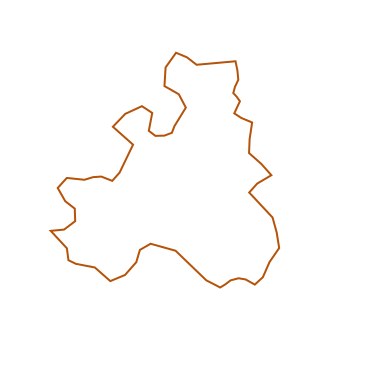 map outline of Sîngerei (Natural Earth projection), rotated 38°
{"feature_id": "MDA-1622", "entity_name": "Sîngerei", "entity_type": "District", "adm_level": 1, "iso_a3": "MDA", "parent_name": "Moldova", "parent_adm1": "", "projection": "natural_earth1", "projection_center": [28.121, 47.671], "detail": "fine", "context": "isolated", "style": "outline", "palette": "amber", "viewbox_px": 384, "rotation_deg": 38, "n_neighbors": 0, "source": "natural_earth", "source_scale": "10m", "svg_char_len": 960}
<svg xmlns="http://www.w3.org/2000/svg" viewBox="0 0 384 384"><g transform="rotate(38 192 192)"><path d="M93.7,92.1L105.1,89.0L117.3,88.9L145.8,62.2L153.0,68.3L159.4,75.1L161.1,82.6L163.6,88.6L168.5,89.4L173.9,91.0L176.9,104.0L185.3,103.3L196.6,100.2L204.8,114.8L213.0,126.2L229.3,127.2L244.2,129.9L238.2,145.2L237.4,157.2L271.2,162.5L283.7,171.8L295.2,182.5L296.2,199.4L300.3,215.5L298.5,226.3L288.1,227.9L281.8,231.3L276.8,237.9L275.1,244.3L273.0,249.9L257.6,252.8L215.2,248.4L191.2,258.3L186.6,269.7L191.3,281.6L190.3,298.6L182.5,312.5L161.9,311.3L144.7,320.1L136.6,321.8L128.1,313.4L104.6,309.6L114.3,300.4L117.9,286.9L109.9,277.3L97.8,277.3L83.7,271.5L84.7,258.0L99.7,248.6L104.9,241.2L111.0,235.7L122.3,232.3L123.0,221.3L116.4,191.0L89.5,189.3L91.3,171.5L99.7,155.2L112.0,154.2L120.3,170.4L128.6,170.3L135.6,164.5L139.7,157.7L137.6,150.9L135.2,129.3L121.4,123.1L105.1,125.5L94.5,110.1L93.7,92.1Z" fill="none" stroke="#b45309" stroke-width="2"/></g></svg>